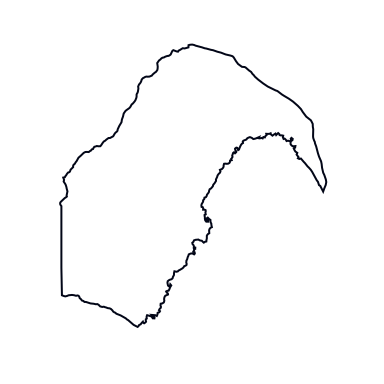 outline of Naviraí, Mato Grosso do Sul, Brazil, rotated 283°
{"feature_id": "56859067B65358919178555", "entity_name": "Naviraí", "entity_type": "district", "adm_level": 2, "iso_a3": "BRA", "parent_name": "Brazil", "parent_adm1": "Mato Grosso do Sul", "projection": "albers", "projection_center": [-54.032, -23.101], "detail": "fine", "context": "isolated", "style": "outline", "palette": "ink", "viewbox_px": 384, "rotation_deg": 283, "n_neighbors": 0, "source": "geoboundaries", "source_scale": "gbopen_adm2", "svg_char_len": 6011}
<svg xmlns="http://www.w3.org/2000/svg" viewBox="0 0 384 384"><g transform="rotate(283 192 192)"><path d="M306.4,260.1L307.2,257.8L309.6,252.5L309.8,250.6L311.8,242.1L313.8,236.9L316.4,231.2L318.6,227.2L319.6,226.1L320.7,224.3L322.3,222.6L323.2,220.3L325.4,216.2L325.6,215.1L325.2,212.5L327.1,208.1L329.4,205.4L332.5,202.4L333.4,201.0L333.6,198.9L333.6,193.8L334.3,188.9L334.4,185.1L334.9,180.6L334.8,178.4L335.0,173.6L334.9,172.1L335.2,169.1L335.4,162.6L335.7,161.1L335.7,159.1L335.0,156.9L334.3,155.6L332.1,156.0L330.2,152.5L330.0,150.6L327.5,148.1L326.8,147.2L325.6,146.8L325.5,145.4L326.0,141.9L325.2,141.2L323.7,140.8L321.2,140.3L320.1,139.4L319.4,138.6L319.0,137.4L318.3,136.2L317.6,135.2L316.8,134.4L316.2,133.0L315.3,132.1L313.9,131.3L312.8,130.3L309.8,129.1L306.5,130.4L304.7,130.7L303.2,130.8L301.9,130.3L301.0,129.9L299.8,128.8L297.6,127.2L296.4,126.7L294.9,124.6L294.4,123.0L294.2,121.6L293.6,120.5L292.8,119.7L291.9,118.6L290.3,117.7L288.5,117.6L287.5,117.4L286.1,116.9L284.9,116.2L282.6,115.8L281.6,116.2L280.7,116.5L277.6,116.7L276.4,116.6L275.4,116.2L274.3,116.1L272.8,116.5L271.3,116.6L268.7,116.2L267.3,115.7L264.8,114.4L263.7,113.5L261.1,112.8L259.7,112.1L256.9,109.6L255.9,108.9L253.1,107.8L250.0,107.8L246.9,107.4L244.1,107.6L240.1,106.3L236.4,105.5L234.9,105.6L233.8,105.1L232.9,104.3L231.6,103.6L228.6,102.7L226.2,100.0L225.8,98.5L223.6,96.6L222.5,95.9L221.4,94.7L219.7,93.9L217.5,93.1L216.0,92.4L215.5,90.5L215.4,88.9L214.7,87.9L214.1,86.7L213.0,86.2L211.6,85.9L210.9,84.7L209.6,84.2L208.9,83.3L207.7,82.4L207.4,80.5L207.0,79.1L205.8,77.7L202.1,75.3L199.9,73.7L196.1,72.6L194.7,71.9L193.2,71.5L191.9,70.5L190.5,70.3L189.5,70.6L186.5,68.7L184.8,68.5L183.8,68.1L183.0,66.8L181.3,66.0L179.9,65.6L178.8,65.0L177.8,64.8L177.1,63.3L175.1,64.6L173.3,64.6L171.2,66.8L170.3,67.5L168.4,68.6L167.4,69.0L164.6,70.5L160.4,70.6L159.4,71.1L158.4,70.3L157.5,69.4L152.8,66.3L151.8,66.0L150.7,66.2L149.6,67.0L148.9,67.9L88.7,81.8L62.1,88.5L61.8,90.7L61.8,92.1L62.7,93.8L63.6,95.0L64.7,98.2L64.9,100.2L64.8,102.4L65.4,103.5L65.4,104.8L64.6,105.7L63.3,106.5L62.6,107.9L61.5,109.2L61.4,110.7L60.7,111.9L61.0,113.5L60.6,118.2L61.0,121.4L61.0,123.5L61.5,125.1L61.0,126.5L59.9,128.2L59.8,130.4L60.4,131.9L60.2,133.1L60.2,134.1L59.9,136.1L60.1,137.9L59.8,139.3L58.8,141.0L57.7,142.2L57.3,143.3L57.1,144.5L56.4,145.6L55.7,150.2L54.0,155.9L53.2,157.3L52.8,158.6L49.4,165.0L48.3,169.3L49.2,170.0L50.5,170.4L51.5,171.7L53.3,172.5L54.6,173.3L53.7,173.8L53.3,174.9L54.4,175.9L55.3,176.4L56.3,175.9L57.6,175.6L58.5,176.4L59.8,175.9L60.8,175.8L61.9,176.0L61.6,180.6L60.1,182.2L60.4,183.8L61.5,183.7L63.2,180.6L63.7,184.0L63.3,185.6L64.8,185.9L66.6,185.7L67.5,187.2L68.7,187.6L69.4,186.4L70.9,186.8L72.1,187.6L73.1,187.6L74.4,186.8L76.1,186.6L76.8,188.2L78.1,189.4L79.8,189.5L81.4,188.9L82.6,188.8L83.7,188.9L84.9,189.3L86.7,191.7L87.7,191.3L88.4,189.9L89.3,189.2L90.1,190.1L90.6,191.4L92.5,191.9L94.2,192.1L96.3,192.8L97.2,191.6L95.7,191.6L94.9,190.8L95.4,189.7L98.0,188.5L99.6,188.4L100.7,189.2L101.5,190.1L102.4,191.7L103.6,192.5L104.9,192.5L107.1,193.1L108.9,192.7L110.8,192.7L110.8,194.8L111.5,196.1L112.5,196.6L113.2,197.5L115.5,199.9L116.7,200.7L118.0,201.1L118.6,202.1L119.5,203.0L120.7,203.0L121.9,202.3L123.9,202.0L125.3,202.4L127.8,202.5L129.0,202.8L130.5,202.9L131.2,203.8L131.9,204.9L132.2,206.3L131.7,208.1L132.6,208.6L133.9,208.1L134.2,206.7L136.0,207.2L137.2,206.6L137.4,207.9L138.6,207.7L138.6,206.2L139.7,206.0L140.6,205.4L141.3,204.3L142.6,203.7L143.8,204.6L145.3,204.8L146.2,206.2L147.1,208.9L146.6,210.5L146.7,212.6L145.8,213.9L145.3,214.9L146.3,215.7L147.0,217.1L148.5,216.9L150.1,216.9L152.7,216.3L153.8,216.6L154.7,217.1L155.7,218.1L158.5,217.3L159.9,217.4L161.3,218.1L162.2,219.3L163.6,218.6L164.6,218.2L165.6,217.9L166.7,216.9L169.0,216.2L169.4,215.0L170.6,213.1L169.8,212.4L168.1,212.7L168.1,214.2L166.7,214.4L166.3,212.6L167.3,211.3L168.7,210.6L170.3,210.2L171.4,209.7L172.5,209.4L173.3,210.4L174.9,209.7L176.4,209.7L177.4,209.3L177.6,208.1L177.3,206.8L178.6,206.6L179.7,205.8L179.6,204.7L180.8,204.2L182.2,204.1L185.1,205.0L186.4,204.7L187.8,205.5L189.3,205.4L190.1,206.7L191.5,207.2L192.8,207.2L195.1,208.3L196.0,208.5L197.2,208.4L198.7,208.6L199.7,209.7L202.2,211.0L203.9,211.1L205.6,212.0L208.2,212.9L209.6,212.5L212.2,213.1L213.9,213.2L215.6,213.9L217.1,214.9L218.4,215.1L219.9,214.2L221.0,215.9L222.5,216.8L223.7,217.1L225.1,216.8L226.7,216.9L227.1,217.9L227.3,219.5L227.7,220.8L228.7,221.9L229.8,222.2L231.2,222.0L231.9,223.5L233.0,222.7L234.0,223.2L235.3,223.6L236.4,223.0L239.4,223.3L240.2,224.0L239.4,225.2L240.7,226.1L241.7,225.7L242.8,224.6L244.0,224.2L245.2,225.2L245.2,226.2L243.2,227.5L244.0,228.3L244.9,228.3L248.1,228.9L249.4,229.3L250.3,229.8L251.2,230.7L252.7,230.1L253.6,230.6L255.4,233.2L256.7,233.7L257.6,234.7L258.5,236.1L258.2,238.1L257.4,239.8L257.9,241.0L258.5,242.1L260.6,245.0L259.4,244.7L259.5,246.0L260.3,247.5L260.1,248.8L261.6,249.2L261.6,250.7L262.9,250.9L264.3,251.9L265.4,251.3L266.0,254.2L266.9,255.4L265.9,255.9L265.0,257.7L266.5,259.0L267.7,260.2L266.4,261.2L268.8,262.7L268.1,264.0L267.2,264.5L267.1,265.6L267.4,266.8L267.4,268.2L265.8,268.2L264.3,269.3L264.9,270.2L264.1,271.6L262.9,272.7L263.6,274.0L263.5,275.3L263.8,277.0L262.2,276.9L260.8,277.3L260.0,278.2L259.5,279.1L259.3,280.3L260.0,282.4L258.4,282.5L257.4,281.3L255.7,282.6L254.7,283.6L253.8,285.8L252.0,285.5L249.9,288.0L248.7,287.6L248.3,289.1L249.1,290.6L246.5,294.1L245.6,295.5L242.9,298.9L242.1,300.3L240.4,302.7L238.6,304.6L231.4,311.0L230.3,312.4L227.3,314.2L226.8,315.6L221.9,319.7L225.4,320.1L228.9,320.7L231.9,320.6L234.3,319.6L238.3,317.1L240.3,315.5L244.8,313.3L248.5,312.0L250.9,310.9L255.1,307.8L258.1,306.0L264.4,302.7L267.1,300.9L268.4,300.4L269.6,299.4L271.7,298.1L272.9,297.6L274.6,297.2L280.5,296.0L282.6,295.1L285.5,294.3L287.0,293.1L288.6,291.7L291.1,286.4L294.8,282.0L297.3,279.5L299.8,275.7L302.8,270.1L304.7,265.4L306.4,260.1ZM263.8,277.0L265.0,276.8L266.1,276.2L267.1,276.7L266.4,278.2L265.1,278.2L263.8,277.0Z" fill="none" stroke="#020617" stroke-width="2"/></g></svg>